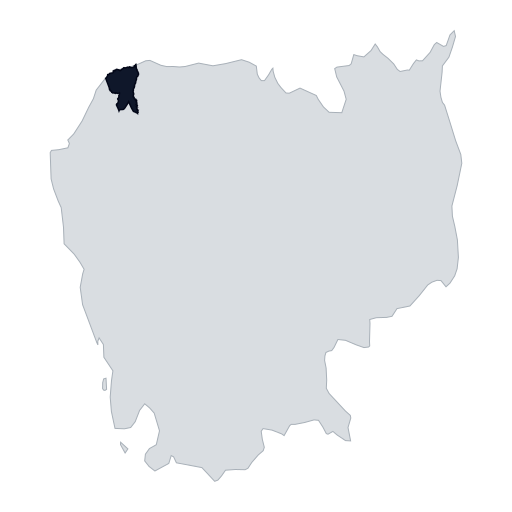 Banteay Ampil, Otdar Mean Chey, Cambodia (highlighted)
{"feature_id": "14789045B51919019110008", "entity_name": "Banteay Ampil", "entity_type": "district", "adm_level": 2, "iso_a3": "KHM", "parent_name": "Cambodia", "parent_adm1": "Otdar Mean Chey", "projection": "equal_earth", "projection_center": [103.311, 14.149], "detail": "fine", "context": "in_parent", "style": "filled", "palette": "ink", "viewbox_px": 512, "rotation_deg": 0, "n_neighbors": 0, "source": "geoboundaries", "source_scale": "gbopen_adm2", "svg_char_len": 7192}
<svg xmlns="http://www.w3.org/2000/svg" viewBox="0 0 512 512"><path d="M454.2,30.7L455.5,36.5L452.3,47.4L448.9,57.2L442.4,65.9L442.1,72.2L440.0,91.2L440.9,97.2L442.4,102.4L444.6,105.2L450.4,123.7L455.6,140.6L460.8,154.5L461.8,163.3L457.2,185.5L451.9,206.0L452.4,216.2L454.8,226.4L457.4,240.0L458.4,257.4L457.1,268.8L454.7,275.8L450.0,283.1L446.0,286.8L441.0,280.6L437.0,280.3L431.8,282.2L427.7,285.0L419.3,295.6L409.9,306.0L397.0,308.6L392.0,316.3L386.6,317.4L376.3,317.7L369.7,319.5L370.0,323.4L369.5,341.6L369.7,345.9L368.6,347.0L364.0,347.6L356.1,344.8L345.5,340.3L337.9,339.5L334.0,347.5L331.7,350.6L328.8,351.1L325.9,352.5L324.9,356.0L324.6,360.5L326.1,368.0L326.7,380.1L326.3,388.3L329.1,393.5L345.4,411.0L350.3,415.4L350.8,418.0L348.0,427.5L350.6,440.9L345.5,440.6L337.0,434.9L332.9,431.4L328.0,434.2L326.3,433.6L322.9,427.1L318.5,420.3L314.0,419.9L304.6,422.5L294.9,424.4L291.2,424.4L289.7,425.6L284.1,435.6L281.7,433.9L272.0,430.1L263.1,428.6L261.2,431.2L262.3,439.3L264.3,447.3L263.2,450.7L258.3,454.9L251.8,462.4L247.9,468.3L245.1,469.7L235.3,469.5L225.5,470.2L221.6,475.8L217.9,480.1L214.7,481.3L201.9,467.6L176.4,462.8L173.6,456.8L171.2,455.6L168.8,463.4L154.9,471.0L149.0,466.4L144.7,460.9L145.4,454.2L149.4,448.6L156.3,444.7L159.5,430.8L154.2,413.1L149.6,407.9L144.7,403.8L139.6,410.4L135.2,421.7L130.7,427.5L124.4,428.8L115.0,428.4L111.4,411.5L110.2,397.1L111.5,380.6L112.9,370.8L103.9,357.3L103.4,344.5L99.1,337.9L97.8,341.3L97.9,344.9L96.7,342.3L82.6,304.7L80.2,287.3L82.7,273.8L84.1,269.3L80.0,262.3L74.3,254.3L64.1,243.8L63.5,227.2L61.2,207.6L58.2,201.0L53.6,188.9L51.1,178.9L50.2,152.6L51.5,150.4L58.7,149.7L67.9,147.8L69.4,143.5L67.8,140.0L73.7,134.0L82.1,121.0L88.7,107.3L93.4,98.7L96.2,90.1L105.6,78.0L118.7,69.6L127.6,67.7L136.8,64.8L145.7,60.8L149.9,60.4L160.9,65.3L166.8,66.6L173.1,66.5L179.5,67.0L185.2,66.5L198.6,63.1L212.9,65.8L225.7,63.6L241.5,59.7L249.2,62.2L256.3,66.1L257.3,74.2L259.0,77.8L261.3,80.6L264.5,80.6L268.5,75.0L271.8,69.3L272.9,68.2L273.1,71.1L274.8,77.3L277.8,83.4L280.9,87.5L286.0,93.0L289.3,93.2L300.0,88.1L316.3,95.5L318.2,99.3L323.4,106.9L329.1,112.3L341.8,112.7L346.2,99.3L344.0,91.1L336.7,76.9L334.7,68.6L337.0,67.1L349.2,65.5L351.2,63.8L353.8,54.6L357.1,55.7L363.9,56.9L371.0,50.6L375.2,44.0L377.5,47.0L380.1,51.6L382.9,54.3L388.0,58.3L393.7,63.9L397.3,69.4L400.1,71.5L407.4,70.0L409.3,70.2L413.5,63.5L416.4,59.9L418.9,60.9L422.5,60.8L430.1,52.4L434.3,44.6L436.7,42.5L443.5,46.4L446.2,45.6L450.0,34.9L454.2,30.7ZM106.6,389.3L105.2,390.3L103.9,390.3L102.6,388.7L102.7,382.6L103.7,378.9L106.0,378.2L106.6,389.3ZM127.9,448.9L125.1,453.0L120.5,444.6L120.6,442.2L127.9,448.9Z" fill="#d9dde1" stroke="#a8b0b8" stroke-width="1"/><path d="M137.4,113.2L137.5,113.3L137.5,113.0L137.6,112.9L137.8,112.7L138.0,112.5L137.9,112.4L137.7,112.3L137.9,112.2L137.7,111.7L137.9,111.5L137.9,111.4L137.6,111.4L137.7,111.1L137.8,111.0L137.7,110.8L137.7,110.7L137.9,110.4L137.7,110.4L137.6,110.2L137.5,109.9L137.4,110.0L137.3,109.9L137.4,109.7L137.2,109.5L136.9,109.4L137.0,109.2L136.9,109.0L136.9,108.9L136.9,108.7L136.7,108.5L136.7,108.4L136.8,108.1L136.7,108.0L136.7,107.8L136.7,107.7L136.7,107.4L136.7,107.2L136.8,107.1L136.6,106.9L136.5,106.7L136.8,106.7L136.7,106.6L136.7,106.4L136.8,106.5L136.9,106.4L136.8,106.2L137.0,105.9L137.1,105.7L137.1,105.4L136.9,105.4L136.8,105.1L137.0,105.1L136.8,104.8L136.7,104.8L136.6,104.5L136.8,104.4L136.8,104.1L136.9,103.9L136.8,103.6L136.6,103.7L136.8,103.4L136.7,103.1L136.8,102.7L136.7,102.5L136.6,102.0L136.4,102.1L136.4,101.9L136.5,101.7L136.3,101.5L136.3,101.4L136.4,101.2L136.2,101.2L136.2,100.9L136.0,100.7L136.3,100.3L136.0,100.2L136.1,99.9L135.9,99.5L135.7,99.6L135.8,99.5L135.7,99.4L135.6,99.2L135.6,99.3L135.4,99.4L135.3,99.1L135.2,99.1L135.1,99.3L134.9,99.4L134.8,99.2L134.7,99.1L134.4,98.8L134.2,98.6L134.1,98.4L134.1,98.2L134.2,97.8L133.9,97.5L133.9,97.3L133.9,97.2L133.4,97.0L133.4,96.8L133.2,96.7L133.2,96.4L133.3,96.1L133.3,95.5L133.4,95.3L133.5,94.7L133.5,94.4L133.7,94.2L133.6,93.9L133.7,93.6L133.6,93.4L133.5,93.1L133.3,92.4L133.2,92.3L133.3,92.1L133.1,91.7L133.0,91.2L133.3,90.7L133.4,90.3L133.3,89.7L133.4,89.0L133.4,88.8L133.6,88.7L133.8,88.4L133.9,88.2L133.9,87.6L134.0,87.5L134.1,87.4L134.3,87.3L134.3,87.2L134.4,86.8L134.4,86.5L134.5,86.3L134.3,86.1L134.5,85.9L134.6,85.6L134.5,84.9L134.5,84.7L134.9,84.3L135.0,84.0L135.1,83.6L135.2,83.4L135.3,83.4L135.5,83.2L135.5,82.8L135.7,82.3L135.8,81.3L135.8,81.1L135.8,80.8L136.0,80.4L136.3,80.0L136.4,79.7L136.5,78.9L136.4,78.5L136.5,78.1L136.6,77.7L136.6,77.2L136.8,77.0L137.1,76.6L137.3,76.5L137.6,76.4L137.8,76.0L138.0,75.4L138.2,75.0L138.3,74.9L138.5,74.7L138.4,74.4L138.3,74.0L138.3,73.8L138.4,73.5L138.5,73.2L138.3,72.9L137.9,72.4L137.9,72.1L137.8,71.9L137.7,71.6L137.7,71.4L137.3,71.2L137.2,70.7L137.1,70.3L136.9,70.1L136.9,69.8L137.0,69.7L136.8,69.4L136.6,69.5L136.5,69.3L136.5,68.9L136.4,68.7L136.4,68.2L136.2,67.8L136.2,67.4L136.1,66.9L136.2,66.6L135.9,64.4L135.7,64.5L135.5,64.9L135.2,65.6L134.4,65.7L134.3,65.8L134.2,66.1L134.4,66.4L134.5,66.9L134.5,67.0L133.7,67.1L133.4,67.3L133.1,67.3L132.8,67.6L131.8,67.6L130.7,67.5L130.3,67.4L129.8,66.8L129.6,66.8L129.4,66.9L129.2,67.2L129.2,67.5L128.9,67.7L128.5,67.6L127.9,67.1L125.1,68.0L124.1,67.7L123.8,67.7L123.6,67.8L123.1,68.4L122.8,68.7L122.4,69.1L121.7,69.3L121.0,70.1L120.2,70.6L120.1,70.2L119.8,70.1L119.5,70.1L119.2,70.2L118.9,70.2L118.5,69.8L118.0,69.6L117.1,69.4L116.7,69.3L116.4,69.4L116.1,69.5L115.8,69.8L115.6,70.2L115.5,70.6L115.2,71.4L115.2,71.6L115.1,71.3L114.9,71.1L114.6,70.5L114.5,70.3L114.3,70.3L113.7,70.8L113.2,71.0L113.2,71.7L113.2,71.9L113.4,72.1L113.4,72.4L112.9,72.8L112.2,73.1L111.8,73.0L110.9,73.1L110.6,73.2L110.1,73.5L109.7,73.4L109.5,73.6L109.4,73.7L109.2,74.2L109.1,74.5L108.3,74.5L107.9,74.6L107.7,74.6L107.6,75.2L107.6,75.7L107.3,76.3L107.0,76.9L106.7,77.1L106.6,77.5L106.4,77.7L106.2,78.1L105.7,78.3L109.1,87.3L109.2,87.7L109.2,87.8L109.3,87.9L109.4,88.0L109.5,88.6L109.4,88.8L109.6,89.1L109.5,89.4L109.6,89.7L109.8,89.8L109.9,90.1L110.3,90.4L110.3,90.6L110.5,90.6L110.9,90.9L111.0,91.3L111.4,91.5L111.6,91.8L111.8,92.1L111.8,92.3L112.0,92.3L112.4,92.4L112.6,92.7L112.8,92.9L112.9,93.0L113.3,92.8L113.4,92.7L113.5,92.7L113.7,92.8L114.3,93.1L114.5,92.8L115.0,92.7L115.1,92.8L115.4,93.1L115.5,93.2L115.7,92.8L116.0,92.7L116.4,92.8L116.4,93.0L116.7,93.1L116.9,93.3L117.2,93.3L117.4,93.3L117.6,93.4L117.9,93.3L118.1,93.2L118.4,93.1L118.5,92.9L118.5,93.1L119.1,93.2L119.4,93.0L119.5,92.9L119.6,93.3L119.5,93.6L119.2,94.9L119.1,95.2L118.8,95.7L118.8,95.8L118.9,96.2L118.9,96.5L118.8,97.1L118.7,97.4L118.5,97.9L118.2,98.2L118.0,98.4L117.7,98.8L117.8,99.3L118.3,100.0L118.4,100.3L118.4,100.7L118.3,101.4L118.3,101.9L117.9,102.7L117.7,103.3L117.5,103.6L117.4,103.7L117.1,104.0L116.7,104.3L116.6,104.2L116.5,104.4L116.5,104.7L116.5,105.1L117.3,106.8L118.1,108.5L118.6,109.7L119.0,110.9L119.3,110.2L119.7,109.9L120.2,109.6L122.7,109.5L123.3,109.4L123.8,109.1L124.8,108.0L127.2,104.3L127.8,103.2L128.3,102.4L128.7,101.6L129.0,102.2L129.1,102.9L129.8,104.3L131.3,107.6L131.8,108.6L133.3,111.2L133.5,111.4L133.6,111.5L134.1,111.6L134.6,111.9L135.2,111.9L135.4,112.0L135.8,112.4L136.4,112.8L137.1,112.9L137.4,113.2Z" fill="#0f172a" stroke="#020617" stroke-width="1.5"/></svg>